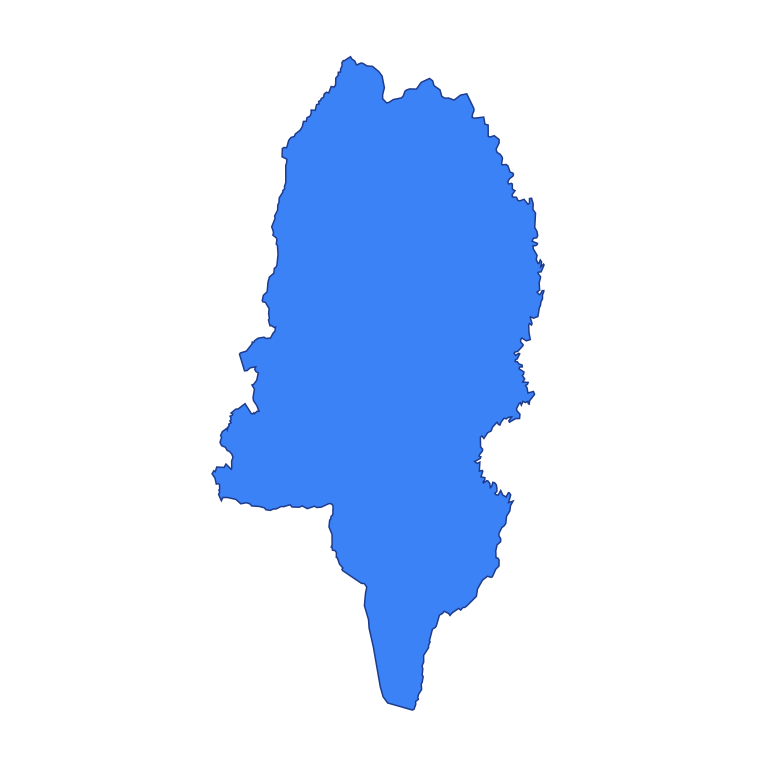 Kamonyi, Southern, Rwanda (Equal Earth projection), rotated 14°
{"feature_id": "39286606B23352434464252", "entity_name": "Kamonyi", "entity_type": "district", "adm_level": 2, "iso_a3": "RWA", "parent_name": "Rwanda", "parent_adm1": "Southern", "projection": "equal_earth", "projection_center": [29.885, -2.028], "detail": "fine", "context": "isolated", "style": "filled", "palette": "blue", "viewbox_px": 768, "rotation_deg": 14, "n_neighbors": 0, "source": "geoboundaries", "source_scale": "gbopen_adm2", "svg_char_len": 6132}
<svg xmlns="http://www.w3.org/2000/svg" viewBox="0 0 768 768"><g transform="rotate(14 384 384)"><path d="M489.7,181.6L486.3,178.6L485.2,173.2L482.3,168.1L480.3,168.8L481.4,173.4L480.2,174.7L475.2,170.9L471.3,173.6L469.3,173.3L467.4,170.8L463.4,171.4L462.5,169.3L464.4,164.7L461.5,164.0L460.1,158.9L458.9,158.5L456.7,159.8L455.2,158.2L456.1,154.5L458.8,151.1L459.0,149.5L458.1,148.2L455.1,147.9L451.3,142.2L449.4,141.5L445.7,142.7L444.8,141.9L444.4,136.4L443.6,135.1L441.1,133.0L437.8,132.0L436.5,130.2L436.0,128.7L437.4,122.2L436.5,118.9L430.9,116.4L426.9,118.8L425.2,118.4L422.4,107.5L419.1,107.5L416.2,100.9L407.5,104.2L405.1,104.1L404.6,100.9L405.2,97.1L404.5,94.9L394.1,82.4L388.3,85.2L383.4,91.5L377.5,90.9L373.6,92.0L370.4,90.8L367.2,85.1L360.3,82.4L357.9,78.1L354.3,76.5L347.1,82.3L344.1,90.0L337.5,91.5L334.7,93.3L333.5,94.9L333.0,99.9L331.7,102.2L324.3,105.7L320.6,109.6L318.5,110.6L313.7,107.5L312.7,103.7L312.7,96.5L307.7,85.7L303.3,82.1L296.0,78.6L290.6,79.5L286.0,78.0L284.1,78.1L280.2,81.1L277.4,77.6L274.4,76.6L272.3,74.5L267.3,79.9L266.3,80.0L265.4,82.3L266.4,85.4L265.7,88.8L266.3,91.9L264.2,92.6L264.9,95.6L263.2,98.8L264.6,105.0L264.0,107.9L260.8,108.1L259.9,115.0L257.5,114.8L255.8,117.1L256.0,120.2L254.0,122.4L254.0,124.1L252.2,125.7L253.3,127.9L251.0,129.2L251.0,135.1L247.0,135.8L247.9,139.0L247.3,142.3L244.9,144.0L245.0,147.9L242.3,148.7L242.5,153.8L241.3,157.9L237.5,162.8L237.1,165.5L234.1,167.3L232.6,170.6L232.4,178.2L229.6,178.8L228.4,180.1L230.1,188.2L235.4,189.4L236.1,194.2L235.7,195.3L240.0,212.5L239.6,216.4L240.4,218.5L239.1,220.7L239.4,222.3L237.3,228.8L238.2,233.5L237.6,235.9L238.7,241.0L237.2,247.6L238.3,249.4L237.0,258.6L240.1,263.5L240.2,266.5L244.0,268.2L245.1,269.6L245.6,274.3L247.1,275.4L249.8,283.8L251.3,294.2L251.0,296.7L249.6,298.3L250.3,303.1L246.9,308.0L246.8,313.1L248.3,322.8L245.5,327.1L245.7,332.5L246.4,333.5L249.2,333.5L254.3,338.7L255.0,343.5L256.9,348.2L256.4,349.8L258.7,354.1L259.4,355.1L260.2,354.5L264.0,355.7L265.0,355.1L265.4,359.1L264.1,361.4L262.8,366.8L258.4,368.4L256.3,367.6L250.8,370.0L247.9,373.3L247.5,375.2L246.0,375.2L246.2,377.2L242.5,385.4L237.1,388.6L236.6,390.1L245.5,405.0L247.9,404.1L250.4,400.6L255.4,398.4L255.0,401.2L256.9,403.0L259.3,403.6L259.6,411.1L257.7,415.7L256.1,416.9L259.5,420.3L260.2,429.0L261.4,431.7L265.9,435.8L269.3,440.7L267.5,441.1L265.5,444.1L264.7,443.4L263.9,444.7L262.5,444.9L253.9,436.7L248.6,443.4L246.2,444.3L242.6,449.2L244.6,449.7L244.4,450.9L242.4,452.5L243.4,453.2L244.2,456.4L243.4,457.1L245.1,458.5L243.1,460.5L243.8,462.3L243.1,463.2L243.0,466.3L242.2,465.0L238.7,469.3L237.9,473.6L239.3,474.9L239.0,480.3L241.3,483.1L245.4,483.8L248.0,486.5L250.1,486.7L253.1,488.7L255.2,491.6L254.8,495.7L256.6,502.5L256.4,503.7L250.0,499.9L249.1,503.6L241.8,505.0L241.5,509.9L239.9,509.3L238.9,512.7L242.7,516.1L245.5,521.7L247.5,520.7L248.7,521.4L250.0,525.8L249.4,526.8L250.7,528.6L250.2,531.1L254.4,536.6L255.2,533.1L259.6,532.0L268.2,531.8L274.0,534.9L279.2,532.5L282.8,532.7L285.1,534.3L292.8,533.0L298.0,533.1L299.8,534.6L304.3,534.1L307.0,532.0L309.6,531.3L313.7,527.8L316.3,527.3L322.1,523.9L324.5,525.6L331.4,524.1L334.3,522.1L339.7,523.5L346.1,519.4L348.7,520.1L353.0,518.6L359.3,513.5L361.8,512.9L364.0,514.4L366.0,523.2L364.7,525.2L364.9,528.0L364.2,529.2L365.2,536.0L369.9,542.4L372.6,552.7L372.2,555.0L373.1,555.1L374.2,557.7L376.8,557.5L378.6,559.1L379.7,563.8L380.9,564.1L384.4,569.5L388.6,572.5L388.0,574.0L389.1,575.1L410.4,582.9L413.2,582.4L416.4,585.3L416.7,591.7L418.6,603.8L426.0,616.4L428.6,624.5L437.4,642.0L453.7,678.8L458.8,687.7L464.7,692.6L490.4,693.5L491.8,692.4L492.3,687.1L491.5,684.4L493.7,681.5L492.6,680.0L492.6,676.7L494.4,671.3L492.7,666.1L493.2,664.3L492.8,658.4L491.4,657.1L490.6,651.1L489.1,648.3L489.8,644.3L488.1,637.7L491.0,629.2L490.5,626.7L491.1,622.9L490.2,622.2L490.3,610.2L492.8,607.6L493.3,605.8L493.7,594.9L496.2,592.5L497.4,590.0L502.2,591.0L504.0,592.6L505.6,589.5L510.7,583.7L513.1,584.8L514.7,581.7L516.4,581.3L518.0,579.3L525.0,567.7L524.3,560.3L527.0,550.6L530.9,545.5L534.7,545.7L535.8,544.8L537.3,536.6L539.6,532.8L538.2,526.9L536.6,525.4L534.8,525.6L532.8,518.9L532.6,512.8L535.3,508.8L534.7,506.0L532.4,503.7L531.7,501.1L533.0,495.0L535.1,492.2L535.9,489.7L534.9,482.7L536.8,476.8L536.2,471.4L537.6,466.3L533.5,469.0L533.8,461.0L531.9,459.3L531.0,459.4L529.8,464.1L526.1,463.0L523.0,459.1L521.7,464.1L519.4,464.3L517.9,463.2L519.5,461.0L518.9,458.2L517.4,454.7L515.3,453.1L513.4,453.0L513.2,457.3L512.3,458.8L510.7,454.9L508.4,453.0L507.2,452.9L504.4,455.9L503.8,455.3L504.9,452.5L504.6,450.5L500.5,450.6L501.0,444.9L500.3,444.1L497.6,445.5L495.9,436.6L493.7,438.5L490.7,437.3L495.4,432.9L495.6,431.2L493.9,431.1L493.6,429.8L495.7,425.2L495.5,423.5L492.9,421.6L490.4,412.3L491.6,410.8L494.1,412.7L496.3,406.3L499.3,403.6L499.8,399.5L502.3,394.8L503.0,393.8L504.7,395.5L506.4,395.8L506.9,392.3L508.8,388.1L510.9,388.3L512.9,386.2L515.7,385.0L514.0,389.6L515.0,390.7L520.1,385.7L523.9,384.7L523.2,380.4L519.1,377.5L518.6,375.6L519.9,370.0L520.8,369.2L522.4,371.3L523.0,367.2L525.7,367.8L527.7,366.1L528.8,368.2L529.8,368.4L529.3,365.2L532.6,357.6L530.8,355.1L525.8,357.9L523.8,353.2L521.8,351.2L523.3,349.5L523.5,347.6L518.1,348.5L519.3,345.0L516.2,342.4L517.1,340.5L516.9,338.5L511.4,336.6L511.4,334.8L514.1,333.9L513.4,332.2L510.0,331.9L507.9,330.1L505.8,330.5L505.7,328.7L507.2,327.4L508.4,321.9L507.3,321.6L504.9,324.4L503.0,322.9L502.9,321.7L505.9,319.9L509.6,313.2L509.4,312.1L506.4,310.2L505.9,308.1L506.6,306.0L511.6,307.7L515.2,305.5L512.1,298.7L510.2,291.9L510.5,290.1L512.9,291.1L513.0,289.4L509.7,284.0L510.0,283.3L513.1,284.0L517.0,281.3L516.3,272.7L516.8,269.8L516.4,266.3L517.2,263.0L516.2,259.2L516.7,256.2L516.5,254.7L514.9,255.1L514.1,258.7L513.1,259.7L510.2,257.8L512.3,255.2L510.1,248.3L510.1,242.3L506.4,239.0L506.6,238.2L509.3,237.2L510.5,229.8L509.8,229.1L507.7,232.4L507.4,227.4L505.6,225.8L505.2,229.5L504.4,229.8L501.6,226.5L501.4,222.1L496.2,216.8L495.2,213.8L497.6,213.1L498.7,212.1L498.9,210.5L493.2,209.6L493.7,206.5L496.8,205.2L497.2,202.7L495.4,198.8L492.4,195.7L489.7,181.6Z" fill="#3b82f6" stroke="#1e3a8a" stroke-width="1.5"/></g></svg>